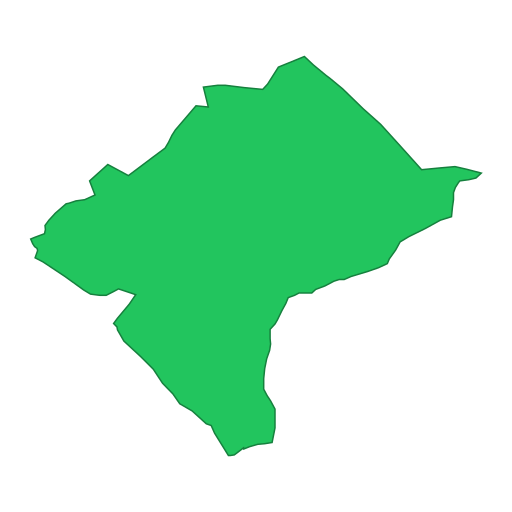 outline of Al-Muqdadiya, Diyala, Iraq
{"feature_id": "34846034B81294640274407", "entity_name": "Al-Muqdadiya", "entity_type": "district", "adm_level": 2, "iso_a3": "IRQ", "parent_name": "Iraq", "parent_adm1": "Diyala", "projection": "robinson", "projection_center": [44.954, 33.88], "detail": "fine", "context": "isolated", "style": "filled", "palette": "green", "viewbox_px": 512, "rotation_deg": 0, "n_neighbors": 0, "source": "geoboundaries", "source_scale": "gbopen_adm2", "svg_char_len": 1715}
<svg xmlns="http://www.w3.org/2000/svg" viewBox="0 0 512 512"><path d="M35.1,257.8L43.0,261.9L65.0,276.5L83.7,290.0L90.5,294.1L98.0,295.1L99.8,295.3L106.2,295.3L113.1,291.8L118.5,288.9L130.8,293.0L135.7,294.7L129.3,304.1L117.5,318.2L113.6,323.5L117.0,327.0L117.2,328.2L117.5,329.9L123.9,341.1L141.0,356.9L153.3,369.2L162.6,383.3L172.9,393.9L179.8,403.8L192.1,410.9L206.3,423.8L211.2,425.5L214.6,433.2L224.4,449.0L228.4,455.5L230.3,455.5L234.3,454.9L239.7,450.8L243.6,447.8L243.8,449.0L249.5,446.7L257.8,444.3L264.7,443.7L272.1,442.5L275.0,427.9L275.0,415.6L275.0,409.1L270.6,400.9L267.1,395.6L263.7,389.2L263.7,384.5L263.7,378.6L264.7,368.6L266.7,358.7L269.6,350.4L270.6,344.0L270.1,338.7L270.1,333.4L270.1,329.3L275.0,324.0L277.4,319.9L281.9,310.6L285.8,303.5L288.2,297.6L294.6,295.3L299.0,293.0L311.8,293.0L315.7,289.4L325.0,285.9L333.9,281.2L339.2,279.5L344.2,279.5L351.0,276.5L368.2,271.3L378.5,267.7L387.3,263.6L389.3,258.9L395.6,250.1L400.1,241.9L408.9,236.6L425.5,228.4L440.3,220.2L451.5,216.7L452.5,206.7L453.5,199.7L453.5,192.6L455.4,187.4L458.4,182.7L459.8,180.9L468.7,179.7L473.6,178.6L476.0,178.0L481.3,173.1L466.8,169.3L455.0,166.6L440.3,167.9L421.6,169.7L401.0,146.8L380.7,124.4L363.2,108.8L342.6,88.8L329.9,78.3L325.9,75.3L313.2,64.8L304.4,56.5L278.4,67.1L267.6,84.1L262.7,89.4L244.1,87.6L225.4,85.3L217.6,85.3L203.4,87.1L208.3,107.0L196.0,105.8L175.4,129.9L172.0,135.2L168.6,142.2L165.1,148.1L153.0,157.1L141.6,165.7L128.4,175.6L107.8,164.5L89.6,180.9L95.0,195.0L84.7,199.7L75.9,200.9L69.0,203.2L66.1,203.8L55.3,213.2L48.9,220.2L45.0,225.5L45.4,229.6L44.5,233.7L35.1,237.2L30.7,239.0L32.7,243.7L34.6,246.6L37.1,248.4L37.6,250.7L35.1,257.8Z" fill="#22c55e" stroke="#15803d" stroke-width="1.5"/></svg>